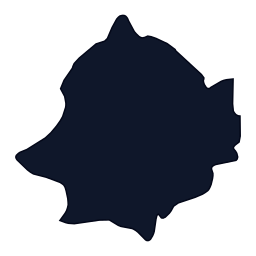 outline of Zaghouan
{"feature_id": "TUN-120", "entity_name": "Zaghouan", "entity_type": "Governorate", "adm_level": 1, "iso_a3": "TUN", "parent_name": "Tunisia", "parent_adm1": "", "projection": "mercator", "projection_center": [10.024, 36.33], "detail": "fine", "context": "isolated", "style": "filled", "palette": "ink", "viewbox_px": 256, "rotation_deg": 0, "n_neighbors": 0, "source": "natural_earth", "source_scale": "10m", "svg_char_len": 1757}
<svg xmlns="http://www.w3.org/2000/svg" viewBox="0 0 256 256"><path d="M233.1,79.0L232.6,103.8L233.3,110.9L234.0,112.3L235.0,113.6L236.0,114.7L237.3,115.4L238.2,115.8L240.0,116.0L240.2,136.1L239.1,142.0L235.2,145.0L233.6,146.8L233.4,148.2L234.1,149.5L235.5,151.1L236.8,153.3L237.7,157.0L237.2,159.0L236.1,160.3L215.8,164.5L214.3,165.1L212.3,166.4L211.6,167.7L211.5,169.1L212.9,173.4L212.9,175.8L212.5,178.7L211.1,184.5L209.9,187.4L208.7,189.6L207.7,190.7L205.2,192.5L202.6,194.1L195.1,197.3L178.3,202.9L173.6,206.2L171.1,210.8L169.4,213.1L165.3,217.1L163.1,218.1L161.4,217.9L159.4,215.3L158.3,214.1L157.4,214.7L156.8,215.8L156.0,219.0L154.2,231.4L153.6,233.4L152.6,235.8L150.4,239.4L148.7,240.5L147.0,240.6L145.6,239.9L138.0,232.2L136.0,230.6L133.5,229.1L132.1,228.5L120.9,226.4L118.2,225.3L109.3,219.9L99.3,220.1L74.3,223.7L68.5,223.3L65.9,222.7L59.9,220.5L65.1,213.3L66.6,210.6L67.5,207.9L68.2,204.9L68.1,202.3L67.8,198.6L66.2,191.0L65.2,187.5L63.9,185.2L62.8,184.2L60.1,182.4L46.2,177.2L33.4,173.9L30.4,172.1L27.5,169.9L17.1,159.9L16.2,158.5L15.8,157.0L16.3,155.4L18.5,153.3L20.0,152.3L26.9,149.5L45.4,137.9L50.9,132.8L56.6,126.0L60.4,120.6L62.7,116.5L65.6,107.5L65.9,105.4L65.9,103.1L64.7,96.4L60.6,88.7L64.1,80.2L72.4,68.2L73.0,66.2L74.2,63.5L79.4,57.9L96.1,43.9L104.6,41.2L107.4,38.5L112.1,27.5L116.7,19.1L118.4,17.2L119.9,16.0L122.3,15.4L123.4,15.4L124.6,15.6L125.7,16.2L126.8,17.4L127.5,18.4L128.6,21.0L134.3,31.6L136.1,33.7L139.1,36.6L140.8,37.5L142.4,37.9L144.8,37.4L147.7,36.1L151.1,36.7L156.0,38.4L167.3,43.7L175.1,49.5L175.8,50.9L201.5,74.6L203.9,77.9L203.7,79.4L203.3,80.6L203.6,82.4L204.3,84.5L206.5,87.9L208.1,88.6L209.7,88.4L210.8,87.4L221.3,81.3L224.0,80.3L226.6,79.7L233.1,79.0Z" fill="#0f172a" stroke="#020617" stroke-width="1.5"/></svg>